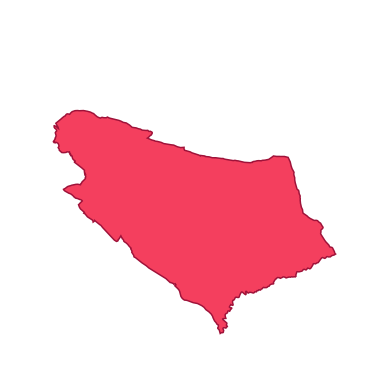 Surani, Prahova, Romania, rotated 228°
{"feature_id": "2599482B83281748165249", "entity_name": "Surani", "entity_type": "district", "adm_level": 2, "iso_a3": "ROU", "parent_name": "Romania", "parent_adm1": "Prahova", "projection": "robinson", "projection_center": [26.167, 45.188], "detail": "fine", "context": "isolated", "style": "filled", "palette": "rose", "viewbox_px": 384, "rotation_deg": 228, "n_neighbors": 0, "source": "geoboundaries", "source_scale": "gbopen_adm2", "svg_char_len": 5934}
<svg xmlns="http://www.w3.org/2000/svg" viewBox="0 0 384 384"><g transform="rotate(228 192 192)"><path d="M153.4,286.6L156.5,284.5L161.9,278.6L164.3,276.6L164.3,275.7L164.9,270.9L166.8,267.6L168.5,265.4L168.9,264.3L170.9,262.3L171.8,261.0L172.5,259.6L173.6,258.0L173.8,257.2L173.6,256.8L174.0,256.6L174.1,256.0L174.4,255.6L174.7,255.0L179.0,250.8L184.3,247.1L185.0,246.4L186.8,245.1L187.6,243.8L188.3,243.2L194.6,238.2L196.0,237.6L197.0,236.5L197.1,236.4L201.5,232.6L203.9,230.0L206.6,228.3L209.5,225.6L210.1,225.7L212.9,223.3L213.4,222.9L213.2,222.4L214.9,221.8L221.1,218.2L223.1,217.5L228.0,214.4L229.5,215.0L230.5,216.0L232.7,213.2L235.4,211.4L239.1,209.8L240.8,208.3L246.9,203.4L249.5,202.3L252.8,200.1L254.4,198.7L255.3,198.4L257.6,196.9L261.9,194.9L261.7,196.4L261.9,199.1L261.6,199.8L261.7,200.4L262.1,201.0L262.3,201.8L262.8,202.2L263.3,202.3L265.0,201.7L265.9,200.5L267.4,200.4L268.5,199.0L271.3,196.4L273.3,195.7L274.9,194.5L277.0,193.4L280.1,190.8L283.5,190.4L287.2,189.4L289.9,187.4L291.7,186.8L294.0,185.7L302.2,180.1L304.3,179.3L304.6,177.9L306.2,176.2L307.6,175.2L308.1,174.3L308.1,173.6L308.8,173.0L311.2,171.9L314.9,171.4L316.1,171.4L316.9,170.9L319.3,170.0L321.8,168.4L325.2,165.8L327.8,162.6L329.1,161.5L330.7,159.5L331.9,156.7L331.9,154.4L331.6,153.0L332.9,152.2L333.5,151.6L333.8,150.9L333.8,150.1L333.5,149.2L333.4,148.5L333.7,148.0L333.9,145.6L333.9,143.2L334.2,136.8L329.5,135.7L328.6,135.2L329.2,135.1L329.8,135.2L331.9,134.8L333.5,134.0L333.5,133.8L332.3,132.9L331.9,133.0L331.4,132.7L329.3,133.0L328.1,132.4L327.8,132.0L327.9,131.1L327.5,130.0L325.1,128.9L324.2,127.9L323.6,126.2L323.0,126.1L322.8,124.8L322.5,124.2L322.4,123.1L322.1,122.6L320.8,122.6L320.7,122.9L320.9,123.5L319.9,123.5L319.8,124.0L319.5,124.5L317.7,125.0L316.2,124.5L315.1,123.8L314.8,123.4L314.7,122.4L314.5,122.2L312.8,122.0L311.8,121.3L308.5,121.6L307.3,122.7L305.7,124.8L305.5,126.0L304.2,127.1L303.9,127.8L303.7,127.8L302.9,127.0L302.6,127.0L302.2,127.3L301.9,127.3L301.6,127.1L301.5,126.5L300.7,126.6L300.2,126.2L299.9,126.3L299.9,126.9L299.6,127.0L299.0,126.7L298.3,126.6L297.6,126.0L296.0,125.5L294.6,125.6L293.8,125.9L293.5,125.4L293.0,125.6L292.7,124.6L283.7,126.2L280.1,126.6L279.0,125.5L277.2,124.9L277.7,124.7L276.8,124.1L275.9,123.7L275.1,123.7L274.2,122.9L274.1,122.3L273.3,121.8L273.1,119.0L273.1,117.3L272.5,115.6L272.6,115.1L272.0,114.0L274.3,112.2L275.4,110.8L277.5,107.2L277.8,106.4L279.0,103.9L279.3,103.0L279.5,100.3L280.0,98.3L279.3,98.1L277.8,98.2L273.4,99.7L272.4,100.3L271.0,100.8L268.7,101.1L267.3,101.0L267.1,101.2L265.5,101.3L263.3,102.8L261.8,103.4L260.7,104.2L259.1,104.6L258.8,104.5L258.6,100.6L258.4,99.5L258.5,99.2L258.1,99.0L255.8,98.1L254.0,97.8L248.9,98.4L248.7,97.4L247.2,97.9L243.5,97.7L237.8,99.2L236.9,99.1L235.8,98.4L235.6,100.2L236.0,100.6L229.5,101.6L228.2,102.0L225.3,101.8L208.3,102.1L205.8,102.8L205.3,104.0L205.4,104.6L205.8,104.8L206.0,106.6L207.0,109.8L205.4,109.3L204.6,109.3L204.1,108.9L203.5,109.1L202.2,109.0L201.0,108.4L199.9,108.5L198.8,108.9L196.2,109.2L193.8,109.0L191.1,109.1L191.1,108.7L190.9,108.5L188.2,107.8L187.5,106.9L183.9,106.3L183.0,105.7L182.3,105.5L181.8,105.8L180.9,106.1L172.9,107.4L167.8,108.7L164.4,109.1L145.1,114.7L139.3,115.2L138.8,115.7L136.6,116.8L135.6,116.8L135.1,118.1L133.7,117.9L133.8,116.5L129.6,116.8L127.8,116.7L126.4,116.3L121.8,113.9L120.0,113.6L118.1,113.7L116.7,114.1L115.4,115.3L114.2,116.1L109.0,118.8L105.4,121.5L101.1,123.2L98.2,123.8L95.3,123.6L91.6,124.4L88.3,124.6L85.8,124.1L84.5,123.5L81.1,122.5L78.8,122.5L77.3,122.1L75.4,122.6L75.2,122.2L74.2,121.4L74.0,121.1L73.9,120.3L73.4,119.9L71.2,119.9L68.0,118.3L67.9,119.4L66.8,120.9L66.8,121.4L68.0,123.0L69.6,123.4L70.1,124.3L69.7,125.1L68.2,126.1L68.2,126.5L68.6,127.1L68.3,128.2L68.7,128.4L70.1,128.5L70.9,129.9L71.4,130.2L76.5,129.6L77.1,129.8L77.1,130.4L75.4,132.6L77.5,133.6L78.6,134.5L78.9,135.7L78.5,137.4L78.6,137.7L79.4,138.6L79.5,138.9L79.3,139.5L78.2,140.2L78.8,141.9L78.9,143.6L79.4,143.9L80.4,142.9L81.5,142.8L81.8,143.3L82.4,145.6L80.9,146.0L80.5,146.8L80.7,147.1L83.2,148.5L84.0,149.6L84.1,150.0L83.7,150.7L83.9,151.2L83.8,151.7L84.5,153.2L84.5,154.1L84.2,154.5L83.5,155.0L82.8,155.6L82.4,156.2L82.4,156.7L83.7,159.1L84.5,161.4L84.5,161.9L84.0,162.4L81.0,162.8L79.8,163.2L79.8,163.5L80.1,164.1L81.9,165.1L82.0,165.3L82.0,165.7L81.7,165.9L79.7,166.0L79.3,166.2L79.1,166.4L79.0,167.6L78.5,168.0L78.1,168.6L76.1,169.8L75.7,170.3L75.6,171.2L75.8,171.9L74.7,173.1L75.2,174.3L74.5,175.1L74.6,176.2L74.4,176.5L73.6,176.9L73.3,177.4L73.5,178.6L73.1,179.6L73.3,180.2L73.3,181.1L73.1,181.5L72.1,182.1L71.7,182.8L71.1,183.4L70.9,184.1L71.0,185.1L70.4,186.3L70.8,187.4L70.5,189.2L69.2,191.1L69.3,191.4L70.3,192.0L70.9,193.9L71.4,195.7L71.1,196.3L71.3,196.8L71.2,198.3L69.9,199.6L69.2,199.7L68.7,200.0L68.7,200.4L68.3,201.1L68.0,202.7L67.6,203.3L66.4,204.1L65.2,204.4L63.9,207.2L62.7,208.3L62.3,209.4L61.5,209.9L60.5,211.4L59.8,211.9L59.8,212.9L61.0,213.8L61.5,214.9L62.4,216.2L62.5,216.5L62.0,217.3L61.1,218.0L59.7,220.6L59.6,221.2L59.9,222.9L59.1,224.0L58.3,224.2L57.7,224.8L57.8,225.9L58.1,226.9L57.7,227.3L56.0,228.2L55.9,229.5L56.8,232.7L57.5,234.2L56.8,235.1L55.9,235.8L55.8,237.1L55.1,238.6L56.1,243.2L56.2,244.4L56.0,245.1L53.8,246.3L53.6,247.2L53.8,248.8L53.5,249.3L52.4,250.0L51.2,251.5L51.2,253.2L50.0,255.7L49.8,257.2L50.5,257.1L51.6,257.4L51.9,257.7L52.7,258.0L56.3,259.0L57.2,258.9L58.9,257.7L59.2,257.7L61.1,258.2L65.5,258.1L67.4,258.3L74.4,259.5L75.2,259.9L76.0,261.1L77.1,261.9L77.4,262.3L77.5,264.7L77.9,265.6L78.6,265.9L79.8,266.0L82.8,266.7L84.5,266.2L86.7,266.1L87.7,265.5L89.2,263.7L93.1,262.2L95.3,261.6L97.3,261.5L101.8,260.4L102.8,260.8L104.9,262.3L107.5,263.1L110.9,265.0L113.5,266.9L114.6,268.0L116.0,268.9L116.6,269.7L119.0,270.5L121.2,272.0L122.0,272.3L123.5,272.0L124.1,272.1L129.8,274.9L132.2,276.4L133.9,277.9L136.5,279.1L137.7,280.1L138.4,281.0L142.5,282.0L145.2,283.2L148.6,285.1L153.4,286.6Z" fill="#f43f5e" stroke="#9f1239" stroke-width="1.5"/></g></svg>